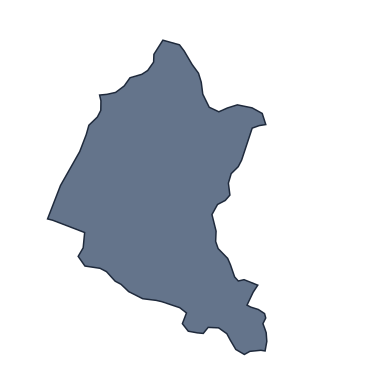 Yeoju, Gyeonggi, South Korea, rotated 201°
{"feature_id": "91817680B81929081090334", "entity_name": "Yeoju", "entity_type": "district", "adm_level": 2, "iso_a3": "KOR", "parent_name": "South Korea", "parent_adm1": "Gyeonggi", "projection": "mercator", "projection_center": [127.578, 37.276], "detail": "fine", "context": "isolated", "style": "filled", "palette": "slate", "viewbox_px": 384, "rotation_deg": 201, "n_neighbors": 0, "source": "geoboundaries", "source_scale": "gbopen_adm2", "svg_char_len": 1205}
<svg xmlns="http://www.w3.org/2000/svg" viewBox="0 0 384 384"><g transform="rotate(201 192 192)"><path d="M66.8,69.8L68.6,79.3L72.3,87.2L75.4,90.9L78.6,94.5L78.0,100.8L80.7,104.5L88.0,106.1L95.9,105.6L100.1,106.1L99.0,120.3L97.2,128.6L112.0,128.8L116.9,125.5L121.8,128.0L130.0,137.8L134.9,142.8L147.3,148.5L152.2,154.3L155.5,164.1L165.3,178.1L163.7,189.5L157.9,196.1L155.5,202.7L161.2,213.3L162.0,223.2L157.9,232.2L157.1,239.6L158.7,273.2L153.0,278.1L147.3,281.4L154.6,290.5L166.1,292.1L180.9,289.6L189.1,283.1L195.7,276.5L206.3,277.3L217.0,287.2L222.7,297.8L228.5,305.2L237.5,311.0L249.8,320.8L256.4,324.9L273.6,323.3L276.9,306.9L274.4,299.5L276.9,289.6L281.0,283.9L290.8,276.5L293.3,266.7L299.0,257.6L306.4,252.7L309.4,251.2L313.0,249.4L309.7,244.5L306.4,235.5L307.2,228.1L312.2,217.4L311.3,207.6L311.3,189.5L317.1,151.0L317.2,115.1L312.2,115.7L277.7,115.7L273.6,100.9L275.2,91.1L265.4,84.5L250.6,87.8L243.3,87.0L231.8,81.2L225.2,80.4L215.4,76.3L199.8,74.7L186.6,78.0L180.9,78.8L162.0,79.6L153.8,77.1L153.8,65.6L145.6,60.7L136.6,62.4L130.8,64.0L128.4,71.4L118.5,74.7L108.7,72.2L103.0,67.3L94.7,60.7L84.9,59.1L80.8,64.0L71.0,68.9L66.8,69.8Z" fill="#64748b" stroke="#1e293b" stroke-width="1.5"/></g></svg>